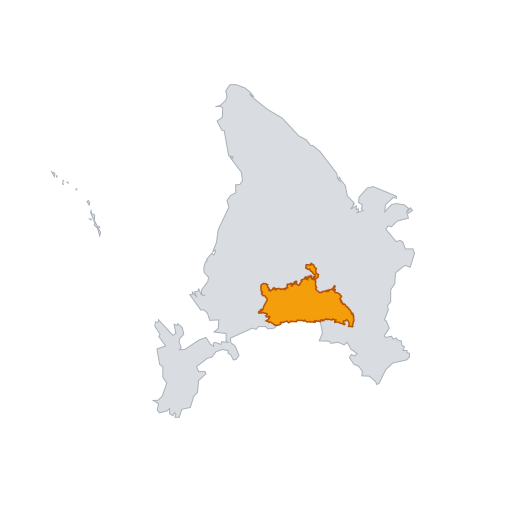 location of Uttar Pradesh within India, rotated 152°
{"feature_id": "IND-3253", "entity_name": "Uttar Pradesh", "entity_type": "State", "adm_level": 1, "iso_a3": "IND", "parent_name": "India", "parent_adm1": "", "projection": "orthographic", "projection_center": [80.221, 27.157], "detail": "fine", "context": "in_parent", "style": "filled", "palette": "amber", "viewbox_px": 512, "rotation_deg": 152, "n_neighbors": 0, "source": "natural_earth", "source_scale": "10m", "svg_char_len": 9806}
<svg xmlns="http://www.w3.org/2000/svg" viewBox="0 0 512 512"><g transform="rotate(152 256 256)"><path d="M96.4,222.8L102.7,222.0L103.7,217.8L114.9,220.6L122.7,218.2L125.1,220.5L128.8,218.8L125.5,202.9L121.4,202.1L119.8,199.4L120.8,192.1L114.1,188.6L114.8,184.0L125.1,173.7L129.0,177.9L140.8,175.6L146.6,166.2L152.8,163.1L158.6,152.3L163.2,150.6L164.4,146.4L172.6,139.4L171.4,137.5L172.2,129.7L180.5,125.2L179.6,123.2L174.0,121.5L174.0,118.2L170.8,117.9L170.4,115.2L167.5,112.6L169.2,108.8L167.6,106.1L170.5,103.5L167.1,101.7L167.9,99.8L166.2,97.9L168.1,94.7L171.6,93.5L185.7,97.3L194.8,94.7L207.3,85.7L209.7,85.9L209.3,88.7L212.4,96.7L218.8,100.5L216.3,104.0L217.0,110.3L220.4,114.4L221.2,122.6L218.0,124.3L215.8,121.4L212.5,122.3L216.0,129.2L216.0,137.0L219.9,136.1L223.9,141.2L230.8,143.7L231.3,146.4L240.0,151.4L233.5,156.8L230.0,167.9L249.4,179.7L258.5,181.9L259.1,183.8L265.2,185.5L274.0,183.8L279.7,186.0L280.7,189.1L286.9,192.5L290.4,191.2L293.1,194.0L317.3,195.5L318.9,191.1L316.7,186.2L317.7,176.1L322.3,174.0L324.8,174.9L324.7,180.9L326.4,183.3L324.8,185.2L329.6,189.3L336.4,190.2L342.5,187.4L346.9,188.5L360.5,186.2L360.9,180.8L355.3,178.0L355.5,175.5L365.1,173.1L371.6,163.1L376.9,161.3L385.1,153.1L393.5,155.5L399.5,149.6L403.2,151.6L401.0,154.0L401.4,155.9L404.3,153.9L406.3,157.3L403.8,162.0L407.1,160.9L415.0,162.9L415.6,166.3L411.4,171.2L414.5,176.7L410.3,174.6L404.7,176.2L394.4,185.7L395.2,192.6L390.2,202.1L392.0,205.3L387.1,220.4L378.1,219.1L379.6,230.4L377.5,231.9L378.2,241.7L375.7,245.0L373.5,243.4L372.0,245.5L366.6,224.9L363.1,225.2L360.4,234.2L358.1,231.7L356.8,233.0L354.7,227.3L356.5,220.8L362.0,219.0L364.3,216.2L365.1,210.2L367.7,209.2L362.9,206.9L345.2,208.6L338.4,207.5L337.7,199.5L335.8,196.3L334.7,198.9L332.7,199.1L328.5,194.4L326.6,196.5L321.3,193.0L322.2,195.3L318.7,201.5L328.7,208.6L323.3,209.8L318.9,217.1L327.0,220.9L325.7,228.4L327.7,233.4L330.1,234.1L332.6,252.9L330.3,251.9L329.1,254.0L327.6,247.4L327.3,253.2L323.8,252.2L322.0,253.8L322.5,247.5L319.5,244.8L322.1,247.8L319.9,251.6L310.5,256.1L307.9,259.5L309.5,266.0L307.1,270.9L302.9,274.9L301.4,274.4L301.1,276.3L293.8,279.2L292.9,276.8L290.0,278.5L289.2,280.5L292.2,280.0L284.6,286.5L277.1,296.9L256.8,312.0L255.7,318.5L249.9,321.4L244.2,321.3L240.6,328.4L236.7,326.7L232.5,329.0L229.6,336.7L232.6,355.8L230.8,353.1L229.7,354.4L233.1,357.3L225.2,381.7L227.1,383.1L227.0,393.5L220.6,394.2L216.0,402.3L217.0,405.1L221.7,406.8L216.5,405.8L209.7,407.7L206.9,410.1L205.2,416.0L198.6,419.5L193.1,416.6L186.9,409.6L184.2,403.0L183.2,397.4L185.8,402.1L184.5,397.5L177.2,380.2L168.1,365.5L161.9,342.0L157.0,334.8L155.8,327.7L154.0,327.0L150.3,317.7L145.9,290.8L147.6,286.3L147.3,284.6L145.6,286.7L145.3,285.4L145.5,282.8L147.5,283.1L145.2,282.0L144.1,276.2L147.2,266.0L144.5,257.2L145.8,256.1L144.4,256.1L150.3,252.9L143.8,253.2L145.7,249.9L143.7,249.8L144.2,247.5L147.1,246.8L140.0,245.9L141.0,248.2L138.1,251.3L140.4,255.0L137.4,259.5L125.8,263.8L119.8,262.1L103.9,242.8L104.9,241.1L107.3,243.2L117.6,240.5L121.6,234.5L112.1,237.8L107.3,236.3L101.0,231.5L98.9,226.5L103.2,223.5L96.9,226.0L96.4,222.8ZM381.7,371.6L379.3,367.8L382.1,363.3L382.2,349.7L384.5,347.2L382.8,354.7L384.3,359.3L382.8,360.7L381.7,371.6ZM396.7,420.7L396.9,426.3L394.8,423.4L396.7,420.7ZM379.6,383.5L378.0,383.7L377.7,381.3L379.5,379.4L379.6,383.5ZM391.1,412.2L391.0,413.8L390.6,412.3L391.1,412.2ZM392.8,409.7L392.3,412.0L392.4,409.6L392.8,409.7ZM395.1,418.8L394.5,420.6L394.0,420.0L395.1,418.8ZM383.8,399.4L382.7,399.6L383.3,398.6L383.8,399.4ZM381.3,372.5L380.3,373.5L380.7,372.0L381.3,372.5ZM384.9,365.3L385.5,366.9L384.2,365.8L384.9,365.3ZM388.2,409.8L387.3,409.6L387.6,408.6L388.2,409.8ZM381.0,354.8L380.5,356.6L380.7,354.6L381.0,354.8Z" fill="#d9dde1" stroke="#a8b0b8" stroke-width="1"/><path d="M258.4,181.6L258.8,182.4L259.1,183.8L259.3,184.1L260.7,184.2L262.2,184.7L263.5,184.6L264.5,185.2L264.8,185.8L265.2,186.0L265.6,185.9L266.0,185.3L265.9,184.5L266.3,184.2L268.5,184.4L271.4,185.6L271.4,185.9L271.8,185.9L271.8,186.4L272.4,187.1L272.5,188.0L273.4,189.1L273.5,189.9L274.0,190.8L274.8,191.3L275.7,191.1L275.9,191.6L276.0,192.8L276.6,192.9L277.6,194.0L274.4,194.2L273.9,195.2L273.2,195.5L272.9,195.9L272.7,195.4L272.5,195.5L272.5,196.5L273.0,196.6L273.5,196.4L274.3,196.9L275.4,197.3L275.2,198.0L275.5,198.6L273.5,199.1L273.3,199.3L273.3,199.6L273.7,199.9L274.2,200.9L275.2,201.3L275.5,201.9L275.8,202.0L276.0,202.6L276.4,203.0L277.7,202.8L278.6,203.7L279.5,203.7L280.4,204.6L280.2,205.2L279.4,205.7L278.5,205.5L277.7,205.0L277.2,205.2L277.1,205.6L277.3,206.3L276.7,206.5L276.1,206.3L276.0,205.5L275.6,205.3L275.2,205.4L272.4,208.2L266.9,211.8L266.5,212.3L266.3,213.8L266.8,214.8L266.7,216.3L267.7,217.4L268.6,217.8L268.7,218.4L268.5,218.8L268.7,219.3L268.7,220.5L267.7,220.6L267.3,221.0L267.3,221.4L267.9,222.7L266.4,226.1L265.9,226.5L265.8,227.1L265.4,227.8L264.1,228.2L262.2,228.2L261.1,227.3L260.7,227.2L259.9,226.4L259.9,225.8L259.2,225.0L259.9,224.6L260.2,223.2L260.2,222.3L259.8,222.0L259.8,220.4L260.0,220.2L260.5,220.3L260.8,220.0L260.2,219.0L259.6,218.9L259.6,218.4L258.2,218.8L256.3,218.4L256.4,219.2L256.2,219.5L255.0,219.5L255.2,218.8L254.5,218.5L254.5,217.6L254.2,218.0L253.9,217.9L253.9,216.9L252.9,217.4L251.9,216.8L251.0,216.6L250.1,215.9L250.1,215.3L249.7,214.7L249.4,214.6L248.7,214.8L248.4,214.7L248.2,214.3L246.8,214.1L246.8,213.7L246.3,212.6L245.1,213.1L245.6,213.6L245.0,213.8L244.4,213.8L244.3,213.2L243.0,213.0L242.9,214.0L242.3,215.0L242.4,215.7L241.8,215.8L241.4,216.3L240.4,215.6L239.7,215.7L239.2,215.4L238.1,215.6L237.7,215.4L238.3,214.1L238.7,212.9L238.5,212.5L238.1,212.6L237.8,213.2L236.6,213.3L237.2,213.9L237.2,214.2L236.3,214.3L235.4,213.3L235.2,213.9L234.3,213.7L234.4,214.3L234.9,214.6L234.5,215.0L234.2,215.0L233.7,214.4L233.7,215.0L232.5,215.0L232.2,214.7L232.1,214.1L232.5,214.1L233.8,212.9L233.6,212.2L233.3,212.2L232.7,211.6L232.6,210.6L232.3,210.1L231.3,210.0L230.5,210.9L230.1,210.7L228.2,212.0L227.4,212.2L227.3,212.5L227.7,213.1L227.6,213.3L226.9,213.6L226.5,213.3L225.2,213.3L224.1,213.0L223.3,213.9L223.1,213.9L222.8,213.4L222.4,213.4L222.3,214.2L221.9,214.3L221.7,214.1L221.7,213.3L222.9,211.5L222.4,211.8L222.0,211.7L221.4,212.1L221.2,211.7L221.6,210.8L221.5,210.7L221.1,211.0L220.9,211.5L221.2,212.8L221.1,213.1L219.9,212.9L219.4,213.4L219.2,212.7L218.2,213.0L218.1,212.5L218.5,212.0L218.0,211.6L217.7,212.3L217.3,212.4L216.7,212.9L216.5,212.2L217.2,211.4L217.5,209.9L217.5,209.7L217.0,209.7L217.1,208.9L216.8,208.5L216.4,208.9L216.3,209.7L216.1,209.9L215.8,209.8L215.6,208.6L214.9,209.0L214.9,209.4L215.2,209.8L214.9,210.8L214.1,210.0L213.3,210.0L213.3,210.5L212.5,211.7L213.2,212.4L213.7,213.7L214.0,215.8L214.8,217.0L214.9,218.5L214.7,219.0L214.8,219.3L215.0,219.6L216.0,219.5L216.4,219.7L217.0,220.9L216.9,221.4L217.6,221.7L217.6,222.2L216.8,223.2L216.4,224.1L215.7,224.7L215.2,224.5L215.0,224.0L214.0,223.8L212.1,222.3L211.8,222.5L211.5,223.3L210.8,223.6L210.3,223.1L210.6,222.3L209.8,221.8L209.2,220.9L209.7,219.7L209.2,217.6L208.6,216.7L208.7,216.3L210.4,215.0L210.6,214.5L210.5,214.0L210.9,212.7L209.6,210.1L210.5,209.3L211.0,208.2L212.2,207.9L212.9,208.0L215.2,207.2L215.1,205.5L215.9,204.7L217.5,201.5L217.2,201.0L217.2,200.6L217.6,200.3L217.4,199.6L218.3,199.2L218.7,198.5L218.5,198.2L218.6,197.3L217.7,195.4L217.3,194.0L216.6,194.1L215.8,193.3L215.5,193.3L215.3,193.0L215.1,193.2L214.9,192.9L213.3,193.4L212.2,192.9L211.8,192.5L211.4,192.5L211.0,192.1L210.3,192.1L209.9,192.6L209.3,192.5L209.0,191.9L209.9,191.3L209.0,190.9L208.3,190.9L207.9,191.4L207.5,191.4L207.3,191.9L206.9,191.5L205.8,191.3L205.5,191.4L204.1,191.0L203.2,191.6L201.7,192.2L201.3,192.2L200.9,192.9L200.5,192.9L200.5,191.9L200.8,191.6L203.9,190.4L204.1,190.0L203.9,189.9L203.6,190.1L203.3,189.6L203.0,189.8L202.3,189.7L201.7,189.2L201.8,188.9L202.7,188.6L202.9,188.2L203.5,187.7L203.0,186.7L202.9,186.1L202.4,186.0L201.1,185.1L200.9,184.5L200.1,183.3L200.1,182.7L199.9,182.5L200.0,181.8L199.6,181.2L199.5,180.1L201.1,179.2L201.6,179.2L202.2,178.4L202.0,177.6L201.6,177.2L201.6,176.4L202.0,176.7L201.9,175.9L202.4,175.6L202.0,175.2L202.4,174.8L201.9,174.6L201.9,174.1L201.7,173.9L202.0,173.0L201.7,172.9L201.7,172.5L201.3,172.5L201.2,172.1L200.7,172.2L200.7,171.8L200.4,171.6L199.9,170.7L200.4,170.1L200.1,169.0L199.2,168.1L199.0,167.6L199.1,167.3L199.0,166.9L199.2,166.5L198.7,165.9L198.9,165.4L198.3,164.0L198.3,161.9L198.5,161.5L198.4,160.8L198.6,160.3L197.7,160.1L198.3,159.4L197.7,159.2L197.6,158.5L198.1,158.1L198.0,157.3L198.3,157.0L198.2,156.7L198.5,156.5L198.5,156.0L198.8,155.9L199.0,155.5L199.6,153.4L200.2,152.6L200.6,152.6L200.6,152.3L201.5,151.7L201.6,151.2L203.3,149.7L203.5,148.4L203.9,148.2L204.3,148.3L205.3,149.2L207.3,150.4L206.1,151.6L205.1,153.5L205.2,154.9L205.5,156.4L206.0,157.4L207.4,156.6L208.9,157.5L209.4,157.3L209.8,156.9L209.9,156.4L209.5,154.2L209.7,153.9L210.2,153.9L210.9,154.6L211.7,156.1L212.9,156.8L214.1,158.5L214.6,159.1L216.4,160.1L217.6,160.5L217.5,160.9L217.0,161.4L216.5,161.4L216.3,161.8L215.6,161.8L215.4,162.1L217.0,163.1L217.3,163.5L217.5,164.4L219.0,163.9L219.8,164.3L220.3,165.1L221.6,166.1L222.4,166.1L222.9,166.7L223.2,167.6L224.1,167.3L224.5,167.3L224.9,167.6L225.2,167.5L226.0,167.6L226.4,167.2L227.2,167.3L227.5,167.6L227.4,168.2L228.0,168.0L228.1,168.6L228.5,168.5L228.5,168.9L228.9,169.1L229.5,168.9L230.1,168.0L231.0,168.8L231.6,169.0L232.4,169.6L232.8,170.4L233.6,170.4L234.5,171.2L234.5,170.0L234.8,169.7L235.2,169.8L235.3,170.2L236.1,170.4L236.6,171.0L237.1,171.2L237.7,171.8L238.7,172.0L239.0,172.7L239.8,172.7L240.1,173.2L241.9,173.6L242.5,175.0L243.3,176.0L243.1,176.2L243.3,176.3L243.3,176.5L243.8,176.5L244.0,176.0L244.4,176.1L245.2,177.3L246.2,177.7L246.8,178.3L247.6,178.5L249.4,179.9L249.7,179.9L250.7,179.0L251.3,179.1L254.8,181.3L255.4,181.9L255.9,182.0L258.4,181.6Z" fill="#f59e0b" stroke="#b45309" stroke-width="1.5"/></g></svg>